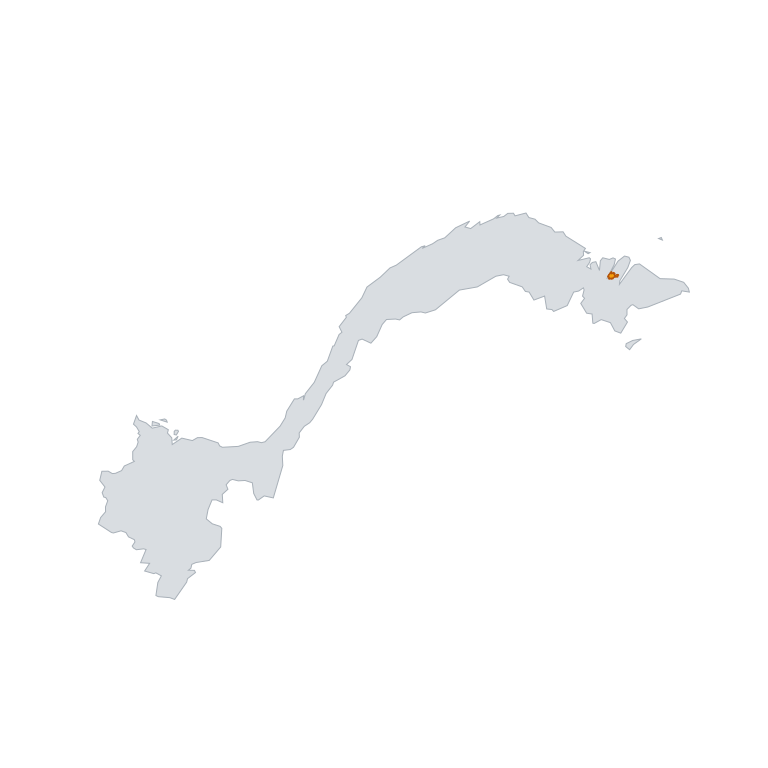 Vung Liem, Vĩnh Long, Vietnam (highlighted), rotated 247°
{"feature_id": "81297802B24233120148790", "entity_name": "Vung Liem", "entity_type": "district", "adm_level": 2, "iso_a3": "VNM", "parent_name": "Vietnam", "parent_adm1": "Vĩnh Long", "projection": "equal_earth", "projection_center": [106.149, 10.058], "detail": "fine", "context": "in_parent", "style": "filled", "palette": "amber", "viewbox_px": 768, "rotation_deg": 247, "n_neighbors": 0, "source": "geoboundaries", "source_scale": "gbopen_adm2", "svg_char_len": 5669}
<svg xmlns="http://www.w3.org/2000/svg" viewBox="0 0 768 768"><g transform="rotate(247 384 384)"><path d="M451.7,143.9L446.5,144.4L441.1,149.8L433.9,153.4L432.2,163.1L426.2,167.6L423.4,165.5L417.4,167.6L411.0,165.4L413.2,176.7L406.8,185.5L407.5,191.3L405.8,195.6L394.6,208.3L391.3,208.5L388.9,210.5L383.5,225.5L382.7,238.0L380.3,245.1L377.9,248.2L377.3,252.0L385.8,271.9L391.4,279.8L397.0,283.9L405.3,295.7L404.0,298.8L404.6,305.4L400.7,303.5L401.2,304.2L405.8,307.8L412.8,320.5L425.1,333.9L427.1,340.7L438.9,351.7L438.6,353.1L447.1,362.0L448.1,365.5L454.3,365.1L460.1,375.4L462.0,375.5L462.6,379.8L472.0,397.3L479.9,406.2L483.8,422.4L488.5,434.8L488.6,441.8L495.7,472.0L495.2,475.9L493.9,472.1L494.1,483.5L495.3,489.6L494.8,497.0L499.8,511.0L500.5,526.5L496.9,519.9L493.2,524.5L496.0,535.6L492.9,534.5L493.2,549.4L494.6,554.6L494.3,556.6L492.7,552.6L491.4,559.7L492.7,564.6L490.6,569.9L487.6,570.3L485.9,581.5L480.6,582.4L476.7,587.4L471.9,589.3L462.8,599.0L457.1,600.6L454.1,608.3L449.0,609.2L430.1,622.4L428.0,619.2L424.5,618.0L421.9,610.9L420.0,622.3L418.5,623.0L415.6,620.8L412.8,616.4L408.9,619.4L413.3,620.3L414.5,623.3L413.8,626.8L404.3,626.7L412.9,631.3L414.7,634.7L410.6,640.1L410.6,644.1L408.6,645.9L403.8,642.4L393.7,630.1L405.7,647.5L407.8,655.4L405.0,659.0L401.5,659.1L395.9,653.9L386.9,641.4L383.8,639.7L394.4,657.5L395.9,661.5L394.7,666.1L373.1,679.3L367.2,692.1L360.5,699.6L353.3,701.6L349.3,701.0L353.4,694.5L350.9,692.1L351.8,656.9L353.7,647.8L359.8,644.1L359.9,642.1L357.7,636.8L352.7,634.7L350.4,630.9L345.9,632.3L338.3,621.8L342.7,617.2L352.0,616.4L358.4,609.1L357.6,601.1L358.4,600.0L367.1,602.9L370.0,598.2L381.3,596.6L384.5,602.1L387.3,601.1L392.5,605.0L394.6,605.1L393.5,599.5L394.5,594.5L384.6,583.3L384.5,568.5L386.9,567.7L389.5,563.1L402.2,566.2L402.7,554.8L411.9,553.5L414.0,550.3L419.4,549.2L428.4,539.4L432.2,538.7L434.3,541.3L437.9,536.7L439.5,529.1L436.9,507.8L441.0,490.1L432.2,460.3L433.2,449.8L435.9,446.2L438.7,437.6L438.3,428.0L436.9,423.4L439.3,420.0L442.4,411.5L439.5,405.6L430.4,395.8L426.7,387.9L433.9,381.4L434.1,377.5L419.1,364.1L416.6,357.1L413.0,359.9L410.3,358.1L406.8,351.3L405.4,338.3L403.0,336.2L397.9,327.0L389.5,318.5L379.5,304.6L377.4,300.5L376.2,294.1L372.1,286.8L368.1,285.3L361.1,276.0L360.3,272.1L362.2,265.5L357.3,262.2L348.5,259.0L322.4,237.6L327.8,230.0L326.3,223.0L326.9,221.8L334.1,221.3L344.5,224.2L349.5,218.4L351.8,212.0L355.4,207.2L355.4,204.4L352.9,199.3L348.1,199.2L345.6,192.0L337.7,189.2L342.9,184.3L344.5,180.4L337.2,173.0L329.3,167.7L322.4,171.3L317.0,177.5L314.5,178.3L297.8,170.0L289.9,154.2L293.1,141.3L293.1,136.6L289.9,134.3L289.0,131.2L286.5,136.7L284.1,136.8L281.6,127.1L278.7,124.9L267.5,107.1L271.0,103.4L276.4,93.2L278.4,91.4L289.7,98.3L294.4,104.1L299.3,100.2L299.4,98.0L305.4,90.6L310.5,98.2L314.6,90.1L324.6,100.3L326.2,98.3L328.2,91.3L331.0,89.3L333.2,88.9L335.9,93.0L338.2,93.4L343.1,89.1L348.1,88.4L351.6,84.6L352.6,76.7L353.8,75.1L366.7,66.4L371.8,71.0L375.2,77.8L379.7,79.6L384.5,84.1L388.2,83.5L389.4,81.9L394.1,82.1L398.2,86.9L406.4,84.7L413.9,90.2L411.5,96.1L407.7,98.9L406.7,101.9L406.8,108.6L410.0,112.9L410.3,124.0L412.4,123.1L420.0,126.3L422.9,131.8L426.6,135.0L429.5,135.3L432.0,139.6L434.6,138.2L435.8,140.1L441.2,139.4L444.9,137.7L451.7,143.9ZM326.5,622.7L326.9,629.9L325.0,638.5L322.9,629.1L319.6,623.5L324.0,621.1L326.5,622.7ZM440.0,156.2L435.5,161.5L433.8,161.5L436.0,154.0L440.0,156.2ZM422.0,176.2L420.7,176.3L418.2,172.9L419.5,171.1L422.4,172.4L423.0,173.9L422.0,176.2ZM437.5,168.5L435.7,169.7L433.6,169.5L438.4,164.0L437.5,168.5ZM414.5,168.5L416.4,174.1L413.7,171.2L414.5,168.5ZM428.0,620.3L424.4,625.0L424.2,622.8L428.0,620.3ZM410.5,696.5L407.7,696.5L410.6,693.6L410.5,696.5Z" fill="#d9dde1" stroke="#a8b0b8" stroke-width="1"/><path d="M398.7,637.6L398.5,637.2L398.4,637.0L398.2,636.6L398.1,636.2L397.9,636.0L397.9,635.9L397.7,635.5L397.6,635.4L397.4,635.2L397.3,634.9L397.1,634.6L397.0,634.4L396.8,633.8L396.7,633.8L396.6,633.6L396.5,633.4L396.4,633.3L396.3,633.2L396.1,632.9L396.0,632.7L395.9,632.6L395.8,632.4L395.6,632.2L395.4,632.0L395.2,632.0L395.0,632.4L395.0,632.5L394.9,632.5L394.7,632.5L394.4,632.9L394.2,632.9L394.0,632.7L393.9,632.7L393.6,632.7L393.4,632.5L393.3,632.3L393.3,632.2L393.2,632.1L392.9,632.3L392.7,632.3L392.6,632.5L392.6,632.8L392.6,633.0L392.5,633.3L392.5,633.5L392.7,633.8L392.7,634.0L392.6,634.4L392.4,634.4L392.3,634.2L392.2,634.2L391.9,634.2L391.8,634.3L391.8,634.5L392.0,634.6L392.1,634.8L392.0,635.0L391.9,635.1L391.8,635.3L391.7,635.4L391.6,635.5L391.6,635.8L391.6,636.0L391.8,636.2L391.9,636.3L392.0,636.3L392.3,636.4L392.4,636.5L392.3,636.8L392.3,637.0L392.3,637.3L392.4,637.5L392.4,637.8L392.4,638.0L392.3,638.3L392.3,638.5L392.2,638.6L392.1,638.8L392.1,639.0L392.0,639.3L391.9,639.5L391.8,639.9L391.8,640.0L391.7,640.2L391.7,640.3L391.6,640.5L391.5,640.8L391.4,640.9L391.5,641.0L391.9,641.3L392.0,641.4L392.1,641.5L392.4,641.8L392.6,641.9L392.6,642.0L392.8,642.2L392.8,642.3L393.0,642.3L393.2,642.0L393.3,641.9L393.4,641.7L393.5,641.5L393.5,641.4L393.6,641.2L393.6,640.9L393.6,640.6L393.6,640.4L393.5,640.2L393.6,639.9L393.6,639.7L393.6,639.3L393.6,639.0L393.6,638.9L393.6,638.7L393.8,638.8L394.0,638.9L394.1,639.0L394.6,638.8L394.8,638.8L395.0,638.7L395.3,638.6L395.5,638.6L395.6,638.8L395.7,639.0L395.8,639.1L395.8,639.3L396.0,639.2L396.0,639.3L396.2,639.2L396.4,639.1L396.5,639.1L396.6,638.9L396.8,638.8L396.8,638.7L396.8,638.4L396.8,638.1L396.8,637.9L396.7,637.9L396.6,637.7L396.6,637.3L396.7,637.2L396.7,636.9L396.7,636.7L396.8,636.5L396.8,636.4L397.1,636.2L397.4,636.4L397.5,636.4L397.6,636.5L397.8,636.6L398.0,636.9L398.3,637.3L398.6,637.5L398.7,637.6Z" fill="#f59e0b" stroke="#b45309" stroke-width="1.5"/></g></svg>